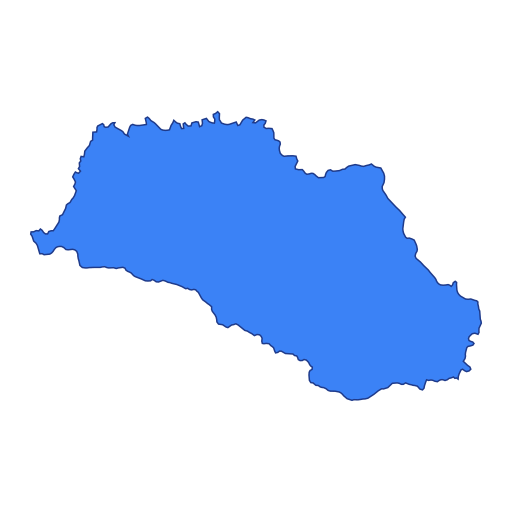 outline of Mukurweni, Central, Kenya
{"feature_id": "3690345B52369638144759", "entity_name": "Mukurweni", "entity_type": "district", "adm_level": 2, "iso_a3": "KEN", "parent_name": "Kenya", "parent_adm1": "Central", "projection": "albers", "projection_center": [37.081, -0.579], "detail": "fine", "context": "isolated", "style": "filled", "palette": "blue", "viewbox_px": 512, "rotation_deg": 0, "n_neighbors": 0, "source": "geoboundaries", "source_scale": "gbopen_adm2", "svg_char_len": 6033}
<svg xmlns="http://www.w3.org/2000/svg" viewBox="0 0 512 512"><path d="M458.1,379.1L458.3,376.5L459.1,373.9L461.0,369.9L462.6,369.2L464.6,370.7L466.6,371.6L469.1,370.9L470.8,369.2L469.9,367.0L467.5,365.3L463.3,361.3L465.0,358.6L465.5,356.1L465.3,354.4L465.6,352.2L466.8,347.6L468.0,346.4L470.5,345.9L472.9,345.1L474.0,343.5L472.7,342.0L470.8,341.4L469.0,340.5L468.5,338.6L469.1,336.8L470.4,335.4L472.3,333.7L474.9,333.2L478.0,334.3L479.0,332.4L478.9,330.3L479.0,328.2L481.3,323.2L481.0,321.1L480.3,319.2L479.7,311.0L478.8,309.1L478.4,306.3L477.8,303.8L477.9,302.0L476.7,300.8L474.9,300.4L470.8,299.0L468.1,299.3L465.5,299.0L460.5,296.1L458.8,294.4L457.6,292.5L456.9,290.2L456.5,284.7L456.6,282.4L455.2,281.3L453.3,282.7L452.5,285.0L451.2,286.4L449.7,285.2L448.1,284.6L445.8,285.0L443.1,285.2L440.5,284.9L438.6,283.8L437.4,282.5L436.5,281.0L435.9,279.4L434.7,277.6L430.1,272.4L428.3,270.0L423.8,265.7L420.4,262.0L416.1,258.4L415.1,256.1L415.7,253.5L417.0,251.2L417.3,249.4L416.7,246.0L416.1,244.3L414.2,240.1L412.0,239.0L409.4,238.1L407.1,238.3L405.6,237.2L403.6,233.3L403.0,230.8L402.8,228.8L403.7,221.7L404.2,219.1L405.4,217.2L402.3,213.7L399.6,210.5L395.9,207.0L387.8,198.4L386.1,195.2L382.8,190.4L382.3,188.7L382.2,186.5L384.0,182.6L384.5,179.2L384.5,176.2L383.7,173.2L380.8,168.0L375.9,167.1L374.1,166.2L371.4,164.0L369.2,164.9L366.1,165.6L363.7,166.4L361.4,166.1L359.3,165.4L355.2,164.6L348.7,166.1L346.5,167.6L344.9,169.1L342.5,169.3L339.5,170.6L335.1,171.1L332.7,171.2L330.5,169.8L328.1,170.4L326.4,172.4L325.6,174.4L325.1,176.6L323.6,177.5L318.4,177.7L316.1,175.9L314.7,174.5L313.0,173.4L311.2,173.3L309.3,173.9L306.8,174.3L305.1,173.1L303.6,171.0L302.3,169.6L298.6,169.7L295.4,168.9L295.1,166.5L297.8,161.0L296.8,159.1L296.0,156.2L292.9,155.8L287.8,155.9L284.1,156.3L282.4,155.5L280.3,153.4L279.4,150.3L279.2,148.2L279.5,146.3L280.3,144.1L280.0,142.0L278.7,140.9L276.8,140.2L275.0,139.8L273.9,138.2L273.8,132.8L273.1,130.9L272.0,128.6L268.8,128.3L266.1,128.5L263.9,127.1L263.9,125.0L265.2,123.4L266.0,120.9L264.0,120.0L261.8,119.6L259.2,120.1L255.5,122.9L252.9,122.6L254.8,120.0L252.9,119.1L250.5,118.7L247.8,117.6L246.1,117.3L242.7,120.1L239.9,124.8L237.8,125.5L236.2,122.0L229.1,124.4L227.2,124.6L224.6,124.2L221.4,123.0L220.4,121.2L219.4,119.8L219.3,117.5L219.5,113.7L217.7,111.7L215.5,113.5L213.3,114.4L213.4,116.9L214.8,119.1L214.7,121.2L214.4,123.1L212.7,123.0L210.7,122.4L208.8,121.5L206.4,118.4L202.1,119.8L202.5,123.3L201.8,125.7L199.6,126.7L198.3,122.1L196.0,121.7L191.9,122.9L191.0,125.9L188.2,126.1L186.1,124.3L184.9,122.8L183.2,123.9L183.7,128.4L181.6,128.6L180.6,126.5L179.8,123.7L177.4,123.2L175.8,122.1L173.8,120.3L172.9,122.6L171.1,125.4L169.5,129.8L167.8,130.2L165.4,130.4L162.8,130.1L160.8,129.3L155.4,123.7L154.0,122.5L150.9,120.6L149.1,118.4L147.5,117.1L145.3,118.4L146.3,122.7L146.4,124.5L139.6,125.5L137.0,125.5L135.0,125.2L132.7,124.4L130.7,125.4L129.7,127.2L127.4,134.2L128.4,136.2L124.5,134.1L122.8,131.6L121.2,130.5L117.9,128.7L115.1,127.1L113.8,124.8L114.9,122.7L112.6,122.8L110.9,123.8L108.1,127.0L105.8,127.3L104.2,126.7L103.7,124.7L102.4,123.6L97.7,126.0L97.0,127.5L97.0,129.4L96.6,131.9L92.9,132.2L92.6,137.7L92.6,140.1L90.6,141.4L89.4,145.5L87.4,147.7L84.8,151.1L84.4,154.6L83.8,156.8L81.1,156.4L80.3,158.8L80.8,161.0L79.3,162.9L79.6,166.5L78.4,168.7L80.5,171.1L78.6,173.2L76.9,172.8L75.4,172.0L73.9,174.3L72.7,176.9L74.1,179.2L75.5,182.0L74.9,184.1L73.6,186.5L76.3,190.7L74.5,195.7L73.1,198.0L71.8,199.4L70.0,202.5L67.9,203.7L66.4,205.0L65.6,208.5L62.5,214.7L59.8,216.0L59.4,217.8L59.4,219.8L58.9,222.1L54.7,228.7L53.3,230.7L51.0,230.8L48.8,231.5L47.6,233.9L45.4,233.9L43.6,232.5L42.1,230.3L40.4,229.0L38.8,230.9L36.2,230.6L33.7,231.8L31.1,231.9L30.7,234.1L32.1,236.2L33.7,241.1L36.1,243.3L37.4,245.5L39.8,253.8L42.2,253.7L44.1,254.7L49.8,254.1L51.6,253.0L53.0,251.5L54.4,249.3L55.9,247.6L57.7,246.7L59.9,246.4L61.7,246.5L63.9,247.6L65.9,249.5L68.1,249.8L72.6,249.3L74.7,249.8L76.7,251.3L77.8,254.1L77.9,256.3L78.3,258.8L78.9,260.7L79.9,265.4L82.3,267.5L85.1,267.9L87.1,267.9L89.2,267.6L94.0,267.4L100.2,267.4L102.3,266.9L104.7,266.7L107.0,267.6L108.8,267.9L113.6,267.7L116.2,268.5L118.4,267.9L122.9,267.3L125.0,268.2L126.0,270.2L127.8,271.4L129.6,272.1L131.2,273.0L133.6,275.6L135.2,276.6L141.4,279.0L145.3,280.8L147.8,281.0L150.6,280.8L152.1,279.5L154.0,280.2L156.2,281.8L158.5,282.0L162.9,280.3L165.3,281.0L168.0,282.3L169.9,282.6L171.8,283.3L176.8,284.5L182.0,286.6L185.7,288.7L187.7,288.3L189.5,289.5L191.6,289.9L193.9,289.4L195.7,289.8L196.8,291.1L198.4,292.4L201.3,297.8L202.7,299.8L205.5,301.8L207.5,303.5L209.3,304.7L211.6,306.7L211.6,309.4L212.3,311.3L215.1,315.0L216.2,317.2L216.7,319.6L216.9,321.9L218.5,324.1L222.6,324.7L226.0,327.0L227.9,327.6L231.6,325.0L233.7,324.6L235.9,323.8L238.2,325.0L244.8,330.4L247.4,331.1L249.4,332.4L251.9,333.7L254.4,335.6L257.0,334.5L259.6,334.8L261.2,336.4L262.1,338.3L261.8,341.2L262.3,343.4L263.9,343.7L266.3,343.4L269.1,343.7L270.8,345.6L272.3,346.6L273.6,347.8L274.7,351.1L275.6,352.9L277.8,352.4L279.5,351.1L281.4,351.2L285.4,353.5L292.9,354.0L294.5,355.5L296.7,355.9L297.6,357.4L298.3,359.6L300.1,360.6L302.3,360.5L304.0,359.5L306.4,360.1L308.6,362.4L309.6,364.5L310.6,365.9L312.3,367.1L312.1,369.4L310.1,370.5L309.2,372.2L309.0,375.1L309.4,380.3L310.8,382.6L313.0,382.9L315.9,385.3L318.3,385.5L320.2,386.9L321.8,387.4L323.7,387.6L326.2,388.8L328.1,390.4L330.3,391.1L335.1,391.2L339.3,392.0L340.9,392.9L342.5,394.3L343.6,395.7L347.1,398.7L352.0,400.3L353.8,399.7L358.0,399.8L360.8,399.4L362.9,399.0L365.0,398.9L367.9,398.2L373.9,394.3L378.4,390.7L381.6,388.8L383.6,388.9L387.8,387.6L392.3,383.3L397.1,382.9L399.3,383.3L401.3,384.3L403.3,384.3L405.6,382.9L409.1,384.3L411.5,384.8L413.1,385.3L414.9,385.5L417.4,386.2L419.9,389.1L422.5,389.9L424.0,388.2L424.5,385.6L425.8,381.7L426.6,379.8L428.5,380.4L431.0,380.0L432.8,380.3L434.8,381.2L437.4,381.7L438.9,380.6L440.9,379.7L442.9,379.7L445.0,380.5L447.4,379.7L449.0,378.4L451.1,377.9L453.5,377.0L454.8,378.3L456.6,378.0L458.1,379.1Z" fill="#3b82f6" stroke="#1e3a8a" stroke-width="1.5"/></svg>